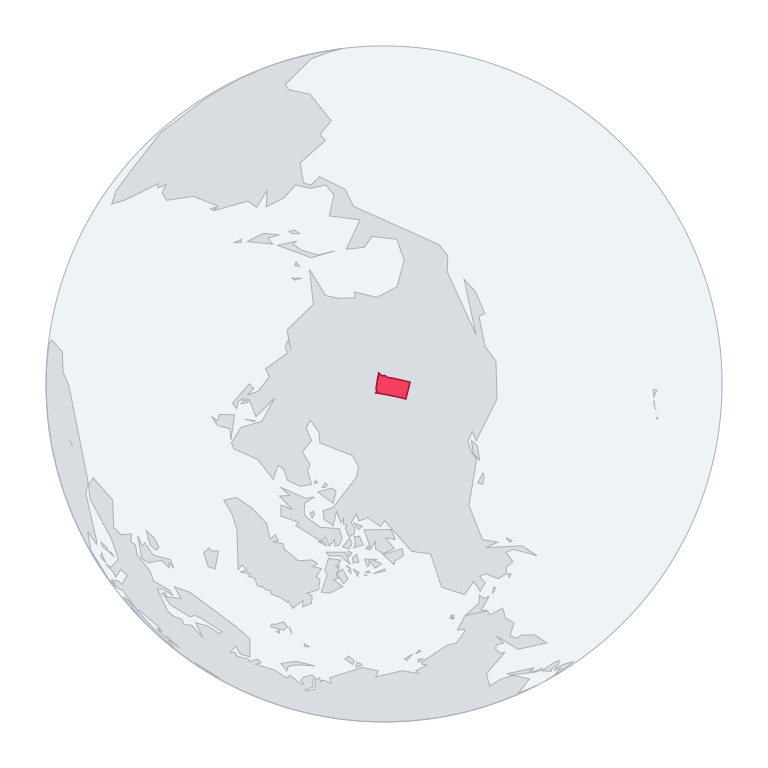 globe centered on South Dakota, rotated 190°
{"feature_id": "USA-3534", "entity_name": "South Dakota", "entity_type": "State", "adm_level": 1, "iso_a3": "USA", "parent_name": "United States of America", "parent_adm1": "", "projection": "orthographic", "projection_center": [-98.157, 44.23], "detail": "fine", "context": "on_globe", "style": "filled", "palette": "rose", "viewbox_px": 768, "rotation_deg": 190, "n_neighbors": 0, "source": "natural_earth", "source_scale": "10m", "svg_char_len": 12183}
<svg xmlns="http://www.w3.org/2000/svg" viewBox="0 0 768 768"><g transform="rotate(190 384 384)"><circle cx="384" cy="384" r="338" fill="#eef3f6" stroke="#a8b0b8"/><path d="M548.7,679.1L538.1,684.7L535.1,686.2L512.4,696.6L488.9,705.2L491.2,704.4L483.6,706.9L496.0,701.1L512.3,691.5L533.3,661.7L528.9,657.3L507.3,656.5L481.7,634.1L490.5,618.7L484.0,613.6L505.0,587.3L498.2,568.2L490.5,567.1L483.5,576.9L456.0,568.9L444.9,553.7L354.1,530.8L343.4,521.2L341.3,505.6L301.9,448.4L323.3,501.2L309.6,490.4L297.1,471.0L302.2,467.2L291.1,438.6L277.7,425.8L270.1,388.6L283.4,344.1L288.9,352.7L291.4,341.8L284.7,330.7L279.6,326.1L279.3,279.2L260.0,247.8L244.6,247.9L255.3,240.6L219.9,248.6L203.4,241.5L227.8,243.7L234.6,239.5L226.3,231.3L231.6,225.3L230.7,218.2L237.7,212.2L251.4,214.7L256.2,211.1L250.0,205.6L253.2,196.7L261.5,205.2L268.0,190.6L292.0,194.0L308.5,224.7L327.6,224.0L359.8,249.6L362.6,243.0L376.6,249.6L385.1,244.7L388.6,251.6L392.3,241.9L387.4,236.6L387.4,230.7L391.9,227.6L397.2,235.5L395.7,238.3L399.7,239.0L400.4,244.5L402.6,240.0L408.6,250.5L409.4,235.7L419.8,240.5L421.9,248.7L412.8,253.4L395.2,286.8L394.6,297.9L402.7,308.1L436.9,314.9L439.8,325.4L450.3,335.5L452.8,326.8L445.5,315.9L452.6,302.8L442.8,291.9L444.3,285.3L437.8,272.4L448.4,268.7L462.2,272.3L468.1,283.0L474.4,285.2L476.5,270.8L495.0,287.7L520.3,294.0L524.0,299.5L517.4,316.4L497.8,326.1L489.2,351.1L504.5,329.6L513.6,344.8L519.2,345.4L524.4,341.8L524.7,334.2L529.9,338.6L516.7,360.8L511.8,357.1L516.0,349.8L506.8,354.9L498.0,371.3L503.3,378.4L484.3,397.9L487.9,403.5L485.8,411.3L481.4,400.8L488.9,420.5L467.4,450.2L477.3,484.0L457.1,461.0L443.4,460.5L427.5,463.9L428.9,469.5L406.1,468.1L388.1,481.9L385.6,509.4L396.6,528.8L421.6,527.2L427.2,515.2L444.5,510.2L436.1,541.5L467.0,540.1L466.2,561.5L475.7,570.0L490.2,563.9L505.5,564.7L514.9,550.0L530.7,538.0L532.7,554.2L540.2,536.0L549.9,540.4L580.5,525.7L578.6,530.5L604.5,535.7L629.8,527.1L635.7,533.8L633.0,542.4L641.1,538.0L641.2,542.1L670.8,520.3L683.5,513.9L681.5,527.5L667.6,555.3L647.5,592.9L620.6,621.9L608.7,635.1L578.9,659.9L563.3,669.5L562.6,670.8L551.1,677.7L548.7,679.1ZM114.3,425.2L116.0,418.3L117.9,425.3L114.3,425.2ZM115.2,412.3L115.0,415.0L114.7,412.4L115.2,412.3ZM113.7,409.2L114.8,411.5L113.3,409.6L113.7,409.2ZM111.5,405.9L112.8,407.4L112.5,407.5L111.5,405.9ZM477.7,495.7L512.8,502.1L494.8,509.6L497.9,505.7L488.6,501.5L471.9,499.5L455.5,506.6L477.7,495.7ZM108.9,398.8L108.4,396.8L109.8,397.6L108.9,398.8ZM489.0,473.3L483.1,473.6L488.6,471.9L489.0,473.3ZM276.5,325.3L284.0,331.2L288.1,343.7L281.3,339.4L276.5,325.3ZM269.4,302.3L274.4,302.9L271.1,313.9L269.3,310.1L269.4,302.3ZM232.4,249.8L237.5,253.9L230.7,252.1L232.4,249.8ZM229.3,218.4L226.1,219.2L227.0,215.3L229.3,218.4ZM432.5,275.5L435.1,274.0L434.9,277.1L432.5,275.5ZM427.1,271.5L425.1,276.2L422.2,275.0L423.6,272.1L427.1,271.5ZM238.5,202.5L240.8,196.2L240.8,203.0L238.5,202.5ZM430.4,266.1L417.5,272.4L412.6,270.3L413.5,257.9L430.4,266.1ZM243.7,192.9L249.0,178.3L242.5,178.7L263.9,170.0L252.3,184.8L253.4,192.9L248.7,190.2L243.7,192.9ZM383.9,236.3L389.3,241.8L380.6,240.2L383.9,236.3ZM378.3,236.9L351.7,241.9L346.0,232.8L356.0,232.7L345.3,223.8L355.6,216.8L363.8,220.1L365.5,227.2L368.2,219.2L378.3,236.9ZM274.9,167.9L278.2,165.0L277.3,168.6L274.9,167.9ZM386.7,228.3L381.8,229.9L376.5,222.0L385.3,217.4L384.2,221.4L386.7,228.3ZM337.4,225.1L335.0,218.8L342.7,211.3L342.8,207.9L355.3,215.9L337.4,225.1ZM387.7,221.6L389.9,215.4L396.5,216.4L391.1,226.3L387.7,221.6ZM371.4,222.0L369.3,218.2L373.3,218.8L371.4,222.0ZM421.2,217.2L415.5,218.8L412.3,214.8L421.2,217.2ZM390.3,213.0L388.0,212.8L386.0,211.5L388.8,207.8L390.3,213.0ZM359.9,210.2L363.6,208.6L355.2,206.5L360.6,201.2L368.0,207.7L367.1,202.7L368.7,201.1L372.9,208.2L359.9,210.2ZM385.9,200.3L397.1,207.3L408.4,205.0L411.6,208.4L392.8,211.6L385.9,200.3ZM377.9,204.2L383.5,202.5L384.7,207.4L381.5,211.6L377.9,204.2ZM361.6,195.4L351.4,201.9L350.1,200.3L361.6,195.4ZM388.9,198.5L386.1,197.0L389.6,197.8L388.9,198.5ZM369.8,195.2L366.3,197.6L365.0,195.7L369.8,195.2ZM383.5,191.9L387.1,194.1L385.1,196.9L383.5,191.9ZM377.0,192.6L376.0,189.5L382.1,196.6L375.7,193.9L377.0,192.6ZM369.0,193.0L367.1,192.7L370.7,192.3L369.0,193.0ZM389.1,180.3L397.4,188.7L392.8,194.7L385.5,185.7L389.1,180.3ZM583.0,110.9L578.0,107.3L603.9,128.8L599.4,127.5L571.5,105.5L547.6,88.9L545.1,87.9L552.7,95.0L539.6,88.6L554.5,97.7L554.1,95.9L563.4,101.9L564.4,103.9L559.7,101.3L564.7,106.4L585.7,118.6L587.6,118.1L605.6,135.5L610.4,136.6L618.0,143.6L612.6,144.3L607.3,141.1L603.7,150.8L611.0,155.6L614.8,147.1L617.0,151.0L626.8,158.6L621.1,156.0L615.0,165.3L626.1,185.0L653.5,219.6L657.2,232.6L654.3,241.2L631.0,222.5L625.3,195.7L616.9,189.9L606.7,192.5L605.8,184.5L600.9,182.6L597.7,173.2L581.8,158.9L576.8,150.0L559.8,143.9L554.9,138.8L566.4,143.7L571.7,142.8L557.9,123.1L552.0,119.1L542.0,117.0L539.5,112.4L531.6,113.0L518.3,102.9L527.9,116.1L516.4,115.2L502.5,109.5L500.5,111.9L523.1,121.4L530.5,123.3L534.2,120.9L556.1,129.5L563.2,136.5L546.8,137.4L555.0,148.0L538.6,145.1L487.6,119.4L471.8,109.8L468.6,91.9L478.5,93.2L484.6,100.0L489.0,93.0L483.9,93.8L481.7,90.4L470.2,89.7L468.2,87.2L460.7,91.1L456.9,88.1L461.7,85.7L441.5,83.2L430.6,78.1L427.0,78.8L426.3,81.0L413.1,73.8L411.0,74.7L414.5,77.3L412.7,81.1L404.3,85.1L400.2,82.3L402.7,80.5L401.7,73.0L408.9,69.2L406.3,68.6L399.1,71.3L400.3,80.3L396.5,83.6L394.4,79.1L394.9,80.9L391.7,81.8L384.6,80.2L386.2,85.3L356.4,101.0L339.9,100.5L341.4,94.1L316.2,104.7L299.5,104.9L302.8,107.1L293.0,114.8L298.1,114.7L298.9,116.4L276.0,138.1L267.5,141.6L261.3,155.0L263.0,156.4L269.0,154.4L263.9,170.0L242.5,178.7L239.8,175.1L228.2,183.7L223.6,174.5L214.5,171.4L216.1,157.5L208.8,156.9L205.1,160.5L192.3,163.1L178.7,157.3L205.9,146.0L229.5,155.2L221.3,149.6L228.0,146.5L228.0,141.9L221.8,138.9L218.1,141.2L232.9,116.4L227.6,104.9L216.2,114.7L205.6,119.4L189.6,118.8L198.1,102.6L184.1,111.8L180.9,113.9L181.6,113.4L191.2,106.5L192.8,105.4L203.1,98.6L204.7,97.9L217.7,89.8L220.6,88.5L228.0,84.2L250.6,73.5L273.9,64.5L297.8,57.3L322.2,51.8L346.9,48.1L371.8,46.3L396.8,46.3L421.7,48.2L446.4,51.9L470.8,57.4L494.7,64.7L518.0,73.8L540.5,84.5L562.2,96.9L583.0,110.9ZM719.1,340.7L720.9,364.9L718.9,369.6L706.4,359.9L702.1,339.9L693.9,327.3L658.0,235.1L658.7,224.4L640.0,180.2L639.1,176.4L650.3,187.2L643.5,168.8L630.6,154.6L617.7,139.9L635.4,158.2L651.7,177.8L666.5,198.6L679.7,220.4L691.1,243.1L700.9,266.7L708.8,290.9L714.9,315.6L719.1,340.7ZM680.0,269.1L683.3,273.4L683.3,273.5L680.0,269.1ZM508.1,69.7L510.4,71.1L498.6,66.6L495.3,66.1L501.4,68.6L522.5,76.8L519.3,74.4L508.1,69.7ZM581.4,525.0L585.2,526.3L580.5,528.8L581.4,525.0ZM493.3,517.5L500.3,516.0L504.2,517.7L499.1,520.1L493.3,517.5ZM549.3,498.6L556.8,496.9L549.4,501.7L549.3,498.6ZM518.1,502.4L543.3,500.5L529.0,511.4L512.9,512.7L523.4,507.5L518.1,502.4ZM487.8,485.1L492.4,485.2L491.7,488.9L487.8,485.1ZM493.1,472.2L491.4,473.0L488.8,470.7L493.1,472.2ZM514.4,343.4L515.6,341.8L521.3,339.7L519.7,343.7L514.4,343.4ZM540.5,314.2L548.3,322.1L541.6,318.9L540.8,325.5L525.8,327.6L525.1,302.4L528.1,313.2L540.5,314.2ZM505.5,324.4L515.1,325.3L504.6,325.3L505.5,324.4ZM577.2,184.0L579.8,180.8L586.5,185.0L592.8,198.3L583.1,192.1L577.2,184.0ZM581.9,175.6L563.8,173.9L559.2,166.2L564.8,170.7L563.6,165.8L572.4,171.7L585.6,166.9L592.4,170.5L600.3,191.8L594.0,182.5L591.8,185.9L581.9,175.6ZM525.9,189.6L518.0,190.6L518.2,172.4L525.5,173.7L532.3,186.5L527.6,192.5L525.9,189.6ZM434.5,243.7L431.5,246.5L430.0,244.1L431.4,239.7L434.5,243.7ZM418.8,218.3L446.2,229.3L444.1,232.9L462.6,236.0L464.4,246.9L452.3,244.4L467.5,255.6L457.3,257.7L468.2,264.4L441.2,257.7L432.7,260.7L441.5,253.1L440.2,242.8L437.0,239.3L421.7,231.8L402.7,233.8L398.3,224.6L400.2,217.6L404.1,215.7L405.7,222.1L409.8,215.0L415.1,222.9L418.8,218.3ZM425.7,150.4L426.0,157.0L435.0,147.2L440.4,153.7L441.1,152.2L448.6,155.7L458.9,157.6L460.0,161.2L463.5,160.4L468.5,163.0L473.7,163.3L477.6,170.1L484.3,171.1L482.3,173.8L492.8,173.9L486.7,176.9L492.6,181.1L495.4,175.9L503.5,215.1L511.6,230.4L521.6,241.9L509.9,246.5L492.9,239.1L475.3,226.3L469.2,211.4L465.0,216.6L460.8,211.2L465.9,209.4L455.6,209.0L453.5,204.2L437.8,195.0L424.3,198.3L418.2,195.4L422.5,191.7L413.4,191.4L417.4,182.6L413.1,180.4L412.8,170.0L423.5,164.7L417.9,162.7L417.3,155.2L425.7,150.4ZM389.5,177.3L401.0,168.7L409.7,168.2L406.7,186.8L410.0,189.9L408.4,202.6L395.9,203.1L397.5,199.4L396.2,195.9L400.6,197.1L396.1,193.6L398.1,188.5L395.1,184.5L399.7,182.7L389.5,177.3ZM632.6,168.9L631.0,165.6L627.1,159.8L633.2,164.9L632.6,168.9ZM628.9,175.3L626.6,171.5L633.4,175.1L635.1,178.9L628.9,175.3ZM619.6,166.9L626.0,171.1L623.6,171.0L619.6,166.9ZM563.6,140.5L560.5,136.9L562.4,136.8L566.8,139.1L563.6,140.5ZM453.7,125.3L452.5,128.5L450.2,128.0L441.5,132.3L436.8,128.2L440.2,124.0L453.7,125.3ZM585.6,112.9L593.6,118.9L594.5,119.7L591.6,117.4L585.6,112.9ZM617.1,141.7L612.6,136.2L618.8,143.1L617.1,141.7ZM447.2,121.5L444.2,123.7L443.7,120.4L447.2,121.5ZM433.0,125.5L431.5,121.8L435.3,128.2L433.0,125.5ZM403.0,94.3L420.2,92.4L429.5,89.3L429.9,84.5L436.8,90.9L422.4,95.6L403.0,94.3ZM362.6,100.2L362.4,105.2L357.6,104.3L357.0,103.0L362.6,100.2ZM365.9,102.3L374.8,106.3L371.5,109.9L365.1,106.0L365.9,102.3ZM411.6,112.2L417.0,111.7L417.2,114.3L411.6,112.2ZM162.7,128.6L166.2,125.7L161.3,130.1L160.1,131.0L162.3,129.0L162.7,128.6ZM173.6,119.5L170.7,122.2L162.0,130.1L164.1,129.4L159.9,134.9L166.2,131.8L165.5,134.2L157.1,139.8L148.6,143.7L161.2,130.4L171.8,121.0L173.6,119.5ZM169.3,130.2L178.8,128.9L167.9,139.4L163.4,142.0L163.6,138.0L169.4,132.6L169.3,130.2ZM177.9,131.9L183.6,127.0L209.4,119.1L212.1,120.2L186.7,130.6L190.7,126.7L186.3,127.1L177.9,131.9ZM275.3,164.1L277.9,165.0L274.2,166.3L275.3,164.1ZM302.0,116.3L302.5,118.9L298.0,120.0L302.0,116.3ZM301.4,126.9L306.1,123.7L302.9,128.2L301.4,126.9ZM316.3,116.8L308.8,123.1L313.5,115.6L316.3,116.8Z" fill="#d9dde1" stroke="#a8b0b8" stroke-width="1"/><path d="M359.5,378.6L359.5,378.2L359.6,377.5L359.6,376.9L359.7,376.2L359.7,375.6L359.8,375.0L359.8,374.3L359.9,373.7L359.9,373.0L361.0,373.1L361.9,373.2L362.9,373.2L363.8,373.3L364.8,373.4L365.7,373.4L366.7,373.5L367.6,373.5L368.6,373.6L369.6,373.6L370.5,373.6L371.5,373.7L372.4,373.7L373.4,373.7L374.3,373.8L375.3,373.8L376.2,373.8L377.2,373.8L378.1,373.9L379.1,373.9L380.1,373.9L381.0,373.9L382.0,373.9L382.9,373.9L383.9,373.9L384.8,373.9L385.8,373.9L386.7,373.9L387.7,373.9L388.7,373.9L389.6,373.9L390.6,373.8L390.5,374.0L390.5,374.3L390.4,374.5L390.3,374.9L390.2,374.9L390.2,375.0L389.8,375.3L389.7,375.3L389.5,375.6L389.4,375.6L389.4,375.8L389.5,376.0L389.7,376.3L389.9,376.7L390.0,376.9L390.1,377.0L390.4,377.0L390.6,377.1L390.8,377.2L390.9,377.3L391.0,377.6L391.1,377.9L391.1,379.2L391.1,380.5L391.2,381.8L391.2,383.0L391.2,384.3L391.2,385.6L391.3,386.9L391.3,388.2L390.7,388.2L390.7,388.3L390.7,388.5L390.8,388.8L391.0,388.9L391.0,389.0L391.0,389.3L390.9,389.4L390.9,389.5L390.8,389.8L391.0,389.9L391.2,390.0L391.3,390.0L391.3,390.3L391.3,390.5L391.3,390.8L391.1,390.9L391.1,391.0L391.1,391.3L391.1,391.5L391.0,391.8L390.9,391.9L390.9,392.0L390.7,392.2L390.7,392.3L390.6,392.5L390.6,392.8L390.8,393.0L391.0,393.1L391.1,393.3L391.1,393.5L391.3,393.8L391.3,394.0L390.7,393.9L390.6,393.7L390.4,393.5L390.3,393.4L390.3,393.2L390.2,393.1L389.9,393.1L389.8,392.9L389.7,392.8L389.6,392.7L389.2,392.7L388.9,392.6L388.6,392.5L388.4,392.4L388.1,392.2L387.9,392.0L387.8,391.9L387.7,391.9L386.8,392.1L386.7,392.1L386.4,392.0L386.1,392.1L385.9,392.0L385.7,392.1L385.4,392.0L385.2,392.1L385.1,392.4L384.9,392.5L384.7,392.5L384.3,392.4L384.2,392.3L383.6,392.0L383.5,391.8L383.3,391.7L383.2,391.7L382.7,391.4L382.2,391.2L381.5,391.2L380.7,391.2L380.0,391.2L379.3,391.2L378.5,391.2L377.8,391.2L377.0,391.2L376.3,391.2L375.6,391.2L374.8,391.1L374.1,391.1L373.4,391.1L372.6,391.1L371.9,391.0L371.2,391.0L370.4,391.0L369.7,391.0L369.0,390.9L368.2,390.9L367.5,390.9L366.8,390.8L366.0,390.8L365.3,390.8L364.6,390.7L363.8,390.7L363.1,390.6L362.4,390.6L361.6,390.5L360.9,390.5L360.2,390.5L359.4,390.4L358.6,390.3L358.7,389.6L358.7,388.9L358.8,388.1L358.8,387.4L358.9,386.7L358.9,385.9L359.0,385.2L359.0,384.5L359.1,383.7L359.1,383.0L359.2,382.3L359.2,381.5L359.3,380.8L359.3,380.1L359.4,379.3L359.4,378.6L359.5,378.6Z" fill="#f43f5e" stroke="#9f1239" stroke-width="1.5"/></g></svg>